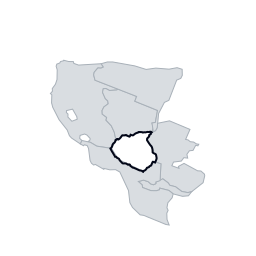 Zimbabwe highlighted among its neighbors, rotated 113°
{"feature_id": "ZWE", "entity_name": "Zimbabwe", "entity_type": "country or territory", "adm_level": 0, "iso_a3": "ZWE", "parent_name": "Africa", "parent_adm1": "", "projection": "equal_earth", "projection_center": [29.641, -19.023], "detail": "fine", "context": "with_neighbors", "style": "outline", "palette": "ink", "viewbox_px": 256, "rotation_deg": 113, "n_neighbors": 6, "source": "natural_earth", "source_scale": "50m", "svg_char_len": 5429}
<svg xmlns="http://www.w3.org/2000/svg" viewBox="0 0 256 256"><g transform="rotate(113 128 128)"><path d="M79.3,177.8L81.5,174.5L83.5,176.3L84.5,179.2L89.9,180.9L92.5,180.4L96.9,177.0L96.1,152.3L97.5,153.3L100.7,159.7L100.3,163.8L101.5,166.1L105.1,165.4L109.8,160.4L111.0,157.2L113.4,155.7L118.0,158.4L122.1,158.7L125.3,157.1L126.6,151.8L129.4,151.3L132.5,144.2L137.1,139.1L144.2,134.1L153.2,135.2L156.9,149.6L155.9,157.1L156.3,159.5L153.8,158.3L152.4,158.8L150.5,163.2L150.5,165.6L153.5,169.2L156.4,168.5L157.5,165.5L161.3,165.6L159.3,176.0L158.0,178.9L153.6,183.2L147.3,194.7L138.4,205.3L134.7,208.2L127.2,211.1L126.6,212.9L123.7,211.9L121.3,213.1L116.0,211.9L111.1,212.3L102.1,215.9L99.2,218.3L97.0,218.5L94.8,216.2L93.2,216.1L91.0,213.2L90.8,214.1L90.0,208.6L88.2,204.3L89.7,203.1L89.4,198.1L79.3,177.8ZM143.7,182.3L139.8,178.2L137.5,179.6L132.3,186.4L136.0,191.4L137.8,190.8L138.6,188.7L141.4,187.6L143.7,182.3Z" fill="#d9dde1" stroke="#a8b0b8" stroke-width="1"/><path d="M144.2,134.1L137.1,139.1L132.5,144.2L129.4,151.3L126.6,151.8L125.3,157.1L122.1,158.7L118.0,158.4L113.4,155.7L111.0,157.2L109.8,160.4L105.1,165.4L101.5,166.1L100.3,163.8L100.7,159.7L97.5,153.3L96.1,152.3L95.6,132.4L100.7,132.2L100.3,107.7L112.1,105.0L114.1,107.9L117.3,105.2L122.7,104.1L127.5,114.9L133.3,122.4L135.5,123.2L137.0,130.0L141.0,131.0L144.2,134.1Z" fill="#d9dde1" stroke="#a8b0b8" stroke-width="1"/><path d="M95.6,132.4L96.9,177.0L92.5,180.4L89.9,180.9L84.5,179.2L83.5,176.3L81.5,174.5L79.3,177.8L75.3,172.8L73.2,167.9L68.2,146.1L67.0,134.2L62.0,125.8L57.8,113.2L53.3,106.4L52.8,101.1L58.3,98.6L61.7,98.8L64.9,101.9L86.6,101.2L90.2,104.5L102.7,105.5L116.4,101.1L119.7,101.5L121.8,103.0L114.1,107.9L112.1,105.0L100.3,107.7L100.7,132.2L95.6,132.4Z" fill="#d9dde1" stroke="#a8b0b8" stroke-width="1"/><path d="M149.0,37.5L161.7,44.5L164.1,47.7L165.4,53.7L163.5,61.3L164.4,67.1L162.8,69.6L161.2,76.1L163.9,77.9L148.1,83.7L148.6,88.6L144.7,89.6L141.7,92.4L141.1,94.8L139.2,95.3L131.9,105.5L122.7,104.1L119.7,101.5L116.4,101.1L112.1,102.6L105.2,92.6L105.1,70.4L116.0,70.5L115.5,68.0L116.3,65.4L115.3,62.1L115.9,58.7L115.3,56.5L117.1,56.7L117.5,58.9L123.2,59.4L125.0,62.6L129.2,63.5L132.4,61.3L133.5,65.0L137.6,66.0L141.6,72.8L145.6,72.9L145.2,65.3L143.7,66.6L138.7,62.6L140.2,47.2L139.1,44.1L140.6,39.6L142.0,38.7L149.0,37.5Z" fill="#d9dde1" stroke="#a8b0b8" stroke-width="1"/><path d="M161.7,44.5L166.8,45.9L169.6,51.1L171.0,60.7L169.5,66.0L170.9,75.2L172.7,75.0L174.6,77.3L176.7,82.4L177.1,91.3L174.8,92.8L173.2,97.6L169.9,93.3L169.5,88.4L170.6,85.2L170.3,82.4L168.3,80.6L166.9,81.3L161.2,76.1L162.8,69.6L164.4,67.1L163.5,61.3L165.4,53.7L164.1,47.7L161.7,44.5Z" fill="#d9dde1" stroke="#a8b0b8" stroke-width="1"/><path d="M171.0,60.7L175.0,60.1L181.2,62.1L186.2,61.0L188.1,58.9L191.3,59.0L197.0,56.3L201.2,52.2L202.0,55.4L202.3,79.5L203.2,82.9L199.4,92.8L196.0,97.1L185.4,103.1L171.7,118.3L171.2,123.2L173.6,128.4L174.6,134.4L175.5,134.1L174.3,143.9L175.5,145.1L174.7,147.9L172.6,150.3L162.3,156.3L160.1,158.7L160.5,161.6L161.7,162.0L161.3,165.6L157.5,165.5L155.9,157.1L156.9,149.6L153.2,135.2L158.6,127.4L160.8,121.8L161.9,97.0L159.2,94.8L156.8,94.3L153.2,91.1L148.9,91.2L148.1,83.7L163.9,77.9L166.9,81.3L168.3,80.6L170.3,82.4L170.6,85.2L169.5,88.4L169.9,93.3L173.2,97.6L174.8,92.8L177.1,91.3L176.7,82.4L174.6,77.3L172.7,75.0L170.9,75.2L169.5,66.0L171.0,60.7Z" fill="#d9dde1" stroke="#a8b0b8" stroke-width="1"/><path d="M153.7,136.2L153.2,135.8L152.6,135.6L151.8,135.5L150.8,135.5L149.5,135.7L148.1,135.5L146.6,134.7L145.4,134.5L144.0,134.8L143.9,134.8L143.6,134.5L143.3,134.0L142.6,133.9L142.4,133.8L142.3,133.6L142.2,133.3L142.1,133.1L142.2,132.2L141.6,131.9L140.8,131.5L139.7,131.1L137.9,130.7L137.2,130.5L137.0,130.4L136.8,130.1L136.5,129.1L136.1,128.4L135.4,127.4L135.2,127.1L135.3,126.2L135.3,125.6L135.4,125.0L135.4,124.5L135.4,123.8L135.4,123.4L135.3,123.2L135.0,123.1L134.2,123.0L133.2,123.0L133.2,122.4L133.1,121.3L132.9,120.8L132.7,120.4L132.2,120.1L131.3,119.7L130.1,119.0L129.1,118.0L127.9,116.8L127.5,116.6L127.0,115.4L126.3,113.4L126.4,112.8L126.3,112.4L125.6,111.5L125.5,111.0L125.3,110.4L124.3,109.0L123.9,108.4L123.7,107.6L123.4,106.9L123.1,106.7L122.8,106.2L122.6,105.7L122.5,105.4L122.6,104.9L122.7,104.5L123.7,104.9L124.2,104.9L124.7,104.7L125.2,105.0L125.8,105.6L126.5,105.7L127.3,105.3L128.3,105.5L129.5,106.1L130.6,106.2L131.8,105.7L132.9,104.1L133.9,102.6L135.0,100.8L135.6,99.4L136.5,98.3L137.7,97.4L138.9,96.7L140.8,95.8L141.1,95.0L141.2,94.2L141.2,93.0L141.3,92.3L141.5,92.0L141.8,91.7L142.2,91.4L143.5,90.5L144.5,89.9L145.8,89.6L147.1,89.6L148.5,89.6L149.2,89.6L149.2,90.7L149.3,91.9L149.4,92.0L150.4,92.1L152.0,92.1L153.6,92.2L154.6,93.1L154.9,93.3L155.9,93.5L157.2,95.0L158.8,95.2L159.9,95.6L160.8,96.2L161.3,96.8L161.7,96.9L162.2,97.0L162.4,97.0L162.4,97.5L162.0,98.2L162.1,99.3L162.5,100.8L162.5,102.0L162.4,104.3L162.4,106.5L162.4,107.3L162.5,107.8L162.6,108.1L162.6,108.4L162.3,109.4L162.1,110.3L162.1,110.7L162.0,111.0L161.8,111.2L161.2,111.7L161.0,112.0L161.0,112.5L161.1,112.9L161.4,113.0L161.7,113.3L161.8,113.6L161.8,113.9L161.7,114.5L161.4,115.5L161.7,116.7L162.0,117.5L162.4,118.3L162.6,118.9L162.6,119.3L162.5,119.6L161.8,121.2L161.4,122.2L160.8,123.3L160.1,124.0L159.9,124.3L159.8,124.7L159.8,125.4L159.8,126.3L159.2,127.6L159.5,128.7L159.5,128.8L159.2,128.9L158.3,130.2L157.4,131.4L156.7,132.3L156.0,133.4L155.1,134.5L154.4,135.5L153.7,136.2Z" fill="none" stroke="#020617" stroke-width="2"/></g></svg>